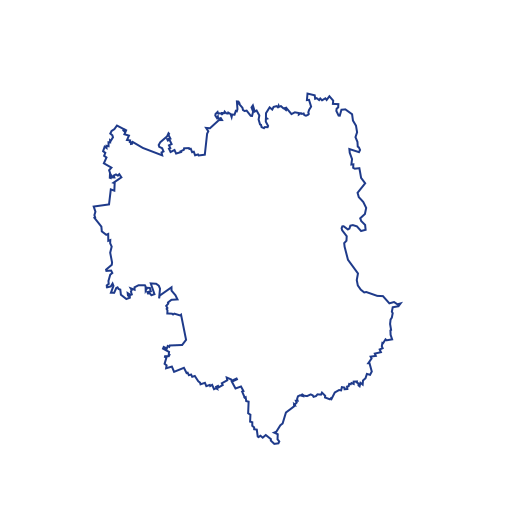 Chicontepec, Veracruz, Mexico (Equal Earth projection), rotated 154°
{"feature_id": "50627088B30758784507478", "entity_name": "Chicontepec", "entity_type": "district", "adm_level": 2, "iso_a3": "MEX", "parent_name": "Mexico", "parent_adm1": "Veracruz", "projection": "equal_earth", "projection_center": [-98.042, 21.007], "detail": "fine", "context": "isolated", "style": "outline", "palette": "blue", "viewbox_px": 512, "rotation_deg": 154, "n_neighbors": 0, "source": "geoboundaries", "source_scale": "gbopen_adm2", "svg_char_len": 6125}
<svg xmlns="http://www.w3.org/2000/svg" viewBox="0 0 512 512"><g transform="rotate(154 256 256)"><path d="M109.0,329.3L109.5,335.2L107.5,341.3L111.4,348.6L115.1,350.0L119.2,345.4L120.2,346.0L120.2,351.2L118.9,353.1L117.0,353.5L115.4,356.4L120.2,359.0L118.5,361.8L120.0,367.4L124.1,365.3L124.5,367.3L128.4,367.0L129.2,369.4L130.9,368.5L132.3,371.3L133.9,371.4L132.8,374.7L138.5,379.4L141.9,373.8L139.9,373.1L141.0,366.1L144.2,364.1L146.0,362.2L146.3,360.5L147.5,360.1L149.6,360.2L150.8,361.5L150.7,363.2L152.5,363.6L153.0,364.7L155.5,364.4L154.8,365.7L158.1,368.1L161.9,368.0L163.6,374.8L165.0,373.9L165.6,375.4L164.7,376.2L166.6,376.6L167.9,379.8L170.0,380.0L169.8,381.3L171.2,380.2L171.9,381.7L174.8,382.3L177.2,380.5L178.6,383.6L184.4,380.0L186.4,376.0L185.8,374.6L187.1,374.8L188.3,372.4L188.1,367.6L189.1,366.7L191.6,368.0L192.8,367.4L194.5,369.4L194.0,371.7L194.7,372.5L193.8,377.6L191.4,380.8L191.7,386.5L193.8,386.4L192.8,392.7L194.9,391.5L195.3,387.0L198.2,383.6L199.3,384.3L200.7,390.8L202.7,391.3L203.7,392.9L203.2,395.2L204.6,400.4L203.9,400.6L204.1,402.5L205.4,403.3L208.3,396.1L209.8,394.5L210.5,395.3L213.4,392.4L215.4,393.6L217.0,391.6L216.6,394.7L218.1,397.1L218.9,396.4L220.2,397.3L220.9,399.5L222.0,398.4L223.8,399.4L224.3,397.5L224.7,399.2L227.6,401.0L227.4,402.3L230.1,401.4L231.0,400.1L230.6,397.0L229.2,398.0L229.6,396.8L228.9,395.6L227.2,395.4L227.0,393.1L229.8,394.4L241.4,391.0L244.7,393.0L244.2,389.0L246.3,387.4L257.6,369.5L263.5,371.5L263.6,372.7L266.6,373.2L266.2,377.0L267.9,377.3L267.6,381.0L269.0,381.4L269.0,382.4L273.4,384.3L274.3,383.1L277.9,383.1L277.9,382.3L282.9,383.1L282.8,387.0L287.2,386.9L287.2,390.6L285.7,390.6L285.7,393.6L282.8,393.6L282.8,398.4L284.6,398.4L284.6,399.9L281.5,399.1L281.6,403.2L280.6,403.9L280.8,404.7L283.5,402.5L292.2,400.2L294.8,398.4L295.1,396.5L293.1,394.0L293.3,390.5L295.5,390.5L296.2,387.6L310.3,402.7L316.8,412.5L318.2,411.2L319.3,411.5L318.6,413.3L319.4,413.8L318.5,415.1L321.1,416.8L317.4,419.9L320.9,423.1L317.6,425.9L318.5,427.2L319.8,426.1L320.2,427.1L319.2,428.0L323.8,434.2L327.7,432.1L331.0,431.7L333.3,429.9L332.2,427.5L332.5,425.4L336.0,423.2L336.4,424.0L337.3,422.0L338.7,422.9L340.4,419.3L342.1,420.6L343.0,418.6L344.1,420.6L347.5,417.2L346.2,414.8L348.6,412.6L347.2,410.1L352.1,406.0L347.2,398.8L350.4,397.5L350.8,394.6L353.1,390.4L352.4,389.7L350.8,392.0L350.6,389.6L348.9,388.7L348.6,390.7L346.1,390.7L344.9,388.8L343.0,389.5L342.5,385.7L352.0,384.3L351.1,383.4L354.7,376.8L357.3,379.5L365.5,366.8L380.2,371.6L380.9,366.2L383.3,363.6L383.7,361.1L384.5,361.1L382.1,350.2L383.8,345.7L381.3,340.7L379.2,340.6L382.1,334.4L380.0,334.2L381.5,331.4L381.6,327.7L385.6,322.9L388.2,313.3L389.5,311.3L396.7,309.5L397.0,308.2L392.6,306.4L392.6,303.7L395.2,303.1L399.6,298.2L400.6,295.5L403.0,295.0L403.1,293.5L404.5,293.3L399.8,292.3L397.0,294.1L397.2,291.6L402.5,286.6L399.6,285.1L395.6,288.5L394.2,288.5L394.0,286.6L392.7,285.3L394.4,280.4L391.4,274.2L387.7,273.8L387.3,274.6L388.4,276.6L387.6,278.9L385.9,276.0L384.5,275.9L384.0,278.9L382.7,279.8L382.8,281.9L379.9,278.9L378.9,281.1L374.5,281.2L368.7,278.4L368.6,277.0L370.3,273.3L367.7,275.1L365.4,273.8L366.0,270.4L369.5,271.2L369.5,269.6L367.9,269.2L367.2,266.6L364.0,266.2L362.6,277.5L357.9,274.8L356.4,271.9L356.6,268.7L361.7,260.4L360.0,262.6L345.7,264.9L347.1,261.9L345.6,256.0L345.6,251.4L351.2,253.7L355.5,252.8L355.7,251.7L358.6,250.5L358.4,248.1L359.5,247.6L359.4,246.0L360.9,243.2L356.8,241.0L356.2,239.8L354.7,240.0L350.2,235.8L349.1,236.1L355.6,211.3L361.4,208.4L372.8,213.4L373.8,212.4L374.8,213.8L376.7,212.0L378.8,214.7L380.2,213.5L376.2,207.9L377.6,205.7L377.1,205.1L378.3,204.2L381.6,205.8L382.1,205.2L381.1,203.9L385.4,199.2L384.3,196.9L386.0,194.5L380.1,193.5L380.4,187.8L369.8,187.1L369.7,181.2L368.6,181.1L368.6,178.3L366.3,177.9L366.3,175.4L363.6,175.0L362.8,168.7L361.8,166.7L362.1,165.0L357.5,164.4L357.7,160.8L354.1,160.4L354.2,159.2L351.9,159.4L352.1,154.7L350.1,154.7L349.3,153.7L349.2,155.9L347.1,155.9L347.2,154.3L342.5,154.6L342.5,156.6L336.3,156.9L335.6,159.6L332.4,155.9L332.6,154.5L327.2,154.4L327.2,153.5L332.8,153.6L332.5,145.9L326.7,145.3L326.5,140.1L327.9,140.2L328.2,134.0L329.1,133.5L327.2,133.6L328.4,129.9L326.5,128.3L332.0,118.1L330.6,115.8L333.9,109.7L332.2,108.2L333.8,105.0L332.8,102.8L333.6,101.1L331.4,99.6L333.6,93.0L333.1,92.1L330.8,92.5L329.6,89.8L325.7,90.8L322.9,84.9L323.6,83.6L321.9,79.1L318.0,77.8L316.4,79.1L317.0,81.8L314.6,86.3L317.1,89.3L314.7,89.2L308.3,93.2L305.5,93.8L297.7,102.2L287.6,104.2L287.1,105.4L286.4,104.7L286.3,105.8L286.0,105.3L285.3,104.9L286.0,105.6L283.7,106.4L283.6,108.4L282.0,107.7L281.8,109.4L279.8,111.5L277.5,111.5L275.8,110.0L276.0,111.2L275.1,111.3L274.1,109.4L271.5,107.7L267.5,107.6L266.1,105.9L266.0,104.2L263.5,103.8L261.4,104.7L258.3,102.9L256.6,104.3L255.1,100.0L256.0,98.6L252.4,94.8L251.0,95.3L250.8,94.4L245.0,98.8L240.1,99.1L238.4,97.9L236.3,100.5L234.2,99.0L234.8,97.4L232.2,96.4L231.4,98.7L229.8,98.4L228.3,100.2L227.1,99.2L225.9,100.0L224.3,98.2L223.3,100.3L220.3,99.0L220.9,98.2L219.8,96.6L220.6,94.8L220.0,93.5L217.7,96.2L216.5,93.7L214.4,97.2L211.2,98.1L208.0,101.4L205.6,99.2L202.6,101.4L201.0,109.8L202.1,110.4L197.1,113.2L197.1,115.3L192.1,113.7L192.0,116.2L185.9,114.8L185.8,117.8L182.6,117.6L182.5,119.7L180.5,122.5L180.0,121.9L176.1,124.3L175.6,123.0L170.2,121.4L169.6,126.1L167.8,130.2L167.0,130.3L165.3,136.1L162.9,139.9L160.9,141.1L158.2,144.7L158.3,146.4L155.6,150.0L150.0,148.4L146.9,150.0L150.1,150.6L152.1,154.1L156.9,155.0L159.5,164.3L164.5,167.0L172.7,175.3L174.7,175.8L176.6,179.8L177.4,184.9L176.0,190.2L172.0,195.6L175.0,212.3L172.3,225.5L171.1,228.9L168.0,230.1L165.8,234.0L167.3,241.4L166.9,243.4L165.4,244.8L164.2,244.3L161.8,239.6L160.0,239.7L157.9,241.9L155.4,241.3L152.3,238.4L150.6,232.4L146.0,231.5L144.3,236.1L146.1,241.2L145.8,244.2L139.7,246.0L135.9,250.9L135.9,257.5L137.8,263.9L137.0,268.3L126.0,273.5L127.3,280.1L124.6,289.6L129.0,291.2L130.0,292.7L128.3,295.7L130.2,296.4L127.2,301.0L126.5,307.7L125.2,311.2L117.9,304.2L116.0,305.7L115.9,308.5L116.6,309.7L114.8,314.1L114.5,319.2L110.9,322.9L109.0,329.3Z" fill="none" stroke="#1e3a8a" stroke-width="2"/></g></svg>